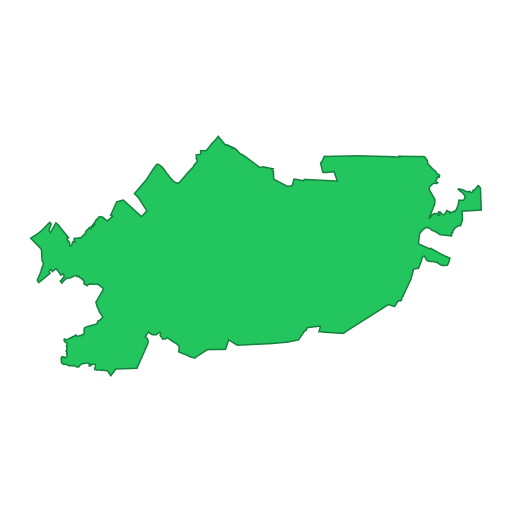 Chilón, Chiapas, Mexico (Natural Earth projection)
{"feature_id": "50627088B49447190388441", "entity_name": "Chilón", "entity_type": "district", "adm_level": 2, "iso_a3": "MEX", "parent_name": "Mexico", "parent_adm1": "Chiapas", "projection": "natural_earth1", "projection_center": [-92.093, 17.107], "detail": "fine", "context": "isolated", "style": "filled", "palette": "green", "viewbox_px": 512, "rotation_deg": 0, "n_neighbors": 0, "source": "geoboundaries", "source_scale": "gbopen_adm2", "svg_char_len": 5943}
<svg xmlns="http://www.w3.org/2000/svg" viewBox="0 0 512 512"><path d="M437.7,182.7L436.1,181.7L435.9,181.4L436.0,180.5L436.5,179.4L437.0,178.9L437.3,178.1L437.2,177.7L437.6,176.9L438.0,176.7L438.5,176.7L439.0,177.0L439.1,177.4L439.3,177.3L439.6,175.2L436.8,173.3L435.3,171.0L433.3,169.6L429.3,165.3L427.7,163.9L427.5,160.7L424.4,156.6L400.8,156.3L399.2,156.0L399.5,157.2L390.2,156.6L357.2,155.8L328.5,156.4L324.3,156.3L322.4,160.8L320.9,162.7L320.6,163.4L322.8,172.2L324.0,172.5L326.2,172.5L332.5,171.9L333.9,171.4L337.4,181.1L304.3,179.4L303.5,180.8L297.2,179.5L293.9,179.1L292.3,185.6L287.7,186.5L273.7,179.1L273.4,171.2L272.6,169.8L272.0,169.6L273.0,168.7L270.7,168.4L262.7,166.7L261.3,167.6L259.1,167.0L243.4,155.2L242.7,155.2L242.2,154.9L241.9,154.3L240.2,153.8L235.2,148.5L233.9,148.0L233.3,148.1L233.5,147.9L233.0,147.7L232.6,147.9L232.5,147.5L231.8,147.6L231.9,147.0L229.6,146.2L228.6,145.5L228.6,146.0L226.9,144.9L226.3,145.0L225.9,144.8L225.8,145.0L224.7,144.4L224.8,144.3L218.2,136.3L216.4,138.8L214.1,141.4L211.6,143.7L210.5,145.4L206.2,150.7L200.6,150.6L200.6,154.3L196.2,154.9L196.4,155.4L196.2,158.3L197.1,160.5L197.2,161.6L193.7,165.6L193.4,166.8L188.0,172.4L183.5,177.8L178.4,183.4L174.0,181.9L169.1,176.4L168.2,174.9L166.2,172.8L164.5,169.9L161.6,166.6L158.8,164.5L156.8,164.3L153.8,168.2L146.0,180.1L134.4,193.6L138.3,197.5L146.9,210.9L141.5,216.6L123.2,200.0L116.8,201.8L110.6,215.3L112.8,216.2L107.1,221.0L102.7,217.1L99.3,216.6L96.1,220.4L96.0,220.1L95.1,221.8L93.4,223.9L94.5,223.3L94.8,224.5L93.9,225.0L93.5,224.2L92.8,224.6L92.8,225.2L93.5,225.8L93.2,226.6L91.5,226.2L91.0,227.3L91.0,228.4L90.3,227.3L89.2,227.7L89.2,228.1L85.9,231.1L85.6,232.9L81.1,237.7L74.2,238.4L74.1,239.6L75.2,241.9L74.2,241.6L73.0,241.5L72.3,242.9L71.9,245.0L70.9,245.6L69.9,245.9L69.6,244.5L69.7,243.0L69.2,241.7L68.5,241.0L67.7,241.0L67.0,238.4L68.6,237.8L57.7,224.3L55.9,222.9L50.4,232.7L49.0,230.4L51.2,224.0L49.7,222.3L41.7,230.5L37.6,233.8L30.7,238.2L41.4,249.3L42.1,260.8L43.6,263.5L41.5,268.9L40.9,271.8L37.2,280.2L38.8,282.6L50.0,273.4L48.8,271.4L51.0,269.5L52.3,271.6L56.0,268.7L58.5,271.7L61.0,275.3L62.8,273.7L64.4,276.3L62.2,278.8L61.5,280.0L60.3,281.0L61.9,283.1L63.7,280.9L66.8,278.2L70.3,277.9L74.6,275.8L75.4,275.9L76.9,275.4L77.2,276.7L79.3,276.4L79.5,277.4L81.2,278.6L82.9,279.3L82.7,279.7L84.1,281.4L84.2,283.2L83.8,283.7L87.2,285.7L88.6,284.2L97.8,284.1L103.6,288.8L95.9,302.2L97.0,306.2L99.6,312.3L102.8,316.9L102.2,318.1L101.3,318.6L99.7,320.4L98.4,320.7L97.8,321.2L97.1,323.4L96.3,324.1L87.5,326.5L84.5,327.9L83.9,330.7L84.3,332.6L83.6,334.4L81.5,334.9L80.8,335.7L79.5,335.7L77.6,336.3L76.8,336.0L76.0,335.1L75.6,335.0L75.3,335.7L74.0,336.1L73.7,336.7L72.4,336.7L71.5,337.8L70.3,337.6L69.9,338.4L67.2,339.5L65.8,339.6L64.4,339.0L64.1,340.4L64.3,341.1L65.2,342.1L67.1,343.0L66.8,345.6L66.4,345.9L66.4,346.2L66.8,346.6L66.9,348.2L67.2,349.3L66.5,350.0L66.0,351.1L66.9,351.8L66.9,352.4L66.5,353.7L67.2,355.5L66.9,356.5L65.3,357.7L64.6,357.7L63.8,357.2L63.8,356.9L63.3,357.0L62.0,356.7L61.6,357.1L61.4,358.2L61.1,358.4L61.3,358.8L61.2,360.0L61.5,360.6L61.3,361.5L61.8,363.1L62.1,363.5L63.0,363.8L63.3,364.2L64.2,364.3L65.0,364.0L69.7,365.9L71.8,365.6L72.4,366.0L74.0,365.5L75.7,366.5L76.8,366.9L78.2,367.0L79.1,366.7L79.5,365.7L80.8,364.5L83.1,363.5L84.8,363.5L86.1,362.8L89.4,363.7L89.2,366.0L90.8,365.6L90.9,364.4L92.2,364.6L94.1,364.1L94.7,364.3L95.3,364.6L95.6,365.6L94.5,369.2L94.8,369.5L96.8,370.1L99.3,369.8L101.0,370.3L104.1,370.3L107.6,371.0L110.8,375.7L115.8,369.0L136.9,368.3L147.7,343.9L148.0,342.7L148.1,341.3L147.9,340.0L147.3,338.7L146.3,337.5L145.2,336.7L148.5,331.9L151.0,334.1L152.2,334.6L154.9,334.9L156.6,334.5L159.3,332.2L160.4,332.5L160.2,335.7L162.3,338.2L162.8,339.3L164.1,338.8L165.5,339.0L167.1,337.6L174.0,342.4L175.7,343.1L178.0,344.9L178.8,346.1L179.1,347.1L179.1,349.6L178.6,351.8L183.7,354.0L186.0,354.8L190.2,356.8L194.8,358.1L197.8,355.8L207.5,349.6L225.5,349.4L228.7,339.9L237.2,345.2L271.0,343.6L287.5,342.1L298.4,339.9L304.8,330.7L305.8,330.7L307.5,327.5L311.4,327.2L314.6,326.6L315.9,326.7L318.3,326.2L320.5,326.6L319.0,331.7L322.5,331.8L322.9,332.1L342.9,333.4L344.3,332.8L347.2,330.7L388.3,304.6L394.6,306.5L398.0,301.0L398.7,301.0L399.8,300.6L400.6,300.9L401.5,300.1L401.9,297.3L402.4,296.6L403.1,296.2L403.8,294.3L411.0,279.0L413.5,269.4L414.9,268.8L418.5,268.3L421.1,261.6L422.3,257.4L424.1,255.9L425.5,257.9L426.2,259.8L428.1,261.1L431.6,261.6L433.1,261.5L437.3,262.6L438.2,263.4L441.9,265.5L447.1,265.4L448.2,263.7L449.3,260.6L449.9,258.0L448.2,257.5L446.6,256.5L445.4,256.4L444.1,255.4L443.1,255.1L440.1,253.6L430.5,248.2L429.7,248.9L418.4,243.8L419.5,234.1L420.2,232.8L423.0,229.6L426.9,227.0L427.5,227.8L429.0,228.0L430.2,228.6L431.0,229.3L431.4,230.0L436.2,232.1L440.0,234.7L449.6,235.7L450.5,236.1L451.3,235.9L451.8,235.3L451.5,234.0L451.8,232.8L452.7,232.6L452.8,231.4L453.1,230.5L453.6,230.2L453.8,229.6L454.7,228.5L455.6,227.5L457.0,226.8L457.8,226.1L459.4,225.5L460.2,225.8L460.7,225.4L462.5,219.7L462.0,211.2L481.3,210.1L480.4,187.8L479.8,187.5L478.5,185.6L477.9,185.6L477.5,186.4L477.1,186.6L477.1,187.5L476.3,187.8L474.9,189.5L473.7,190.1L473.2,190.1L472.7,191.9L471.5,192.6L470.3,192.3L470.0,191.4L468.9,191.4L467.2,192.0L466.5,191.4L465.6,191.3L463.7,190.1L462.5,189.7L458.7,188.8L458.3,189.2L458.2,189.5L462.8,193.1L465.3,196.6L463.6,200.4L458.9,200.1L458.4,203.8L457.6,206.4L456.5,209.2L454.7,211.6L453.8,211.2L453.5,212.0L451.5,212.3L450.5,212.8L450.7,212.4L450.6,212.2L449.3,211.8L449.0,211.5L448.5,211.6L447.2,210.5L446.8,210.5L445.1,213.7L444.2,214.5L443.0,214.6L441.4,213.6L440.3,212.1L439.2,212.0L438.8,211.8L438.1,212.6L438.3,212.8L439.9,213.4L439.3,215.5L437.7,215.0L437.8,214.4L436.3,213.6L435.6,213.8L434.1,213.4L431.6,215.5L430.9,216.7L429.0,218.6L434.8,203.7L434.9,199.6L429.4,189.9L429.5,189.2L429.1,188.7L429.5,187.0L433.1,183.5L434.6,183.1L434.9,183.4L435.5,183.3L436.6,183.5L437.7,182.7Z" fill="#22c55e" stroke="#15803d" stroke-width="1.5"/></svg>